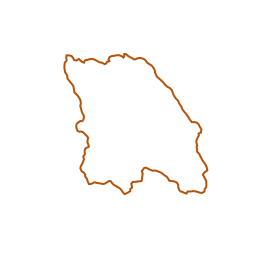 Passa Tempo, Minas Gerais, Brazil (Equal Earth projection), rotated 149°
{"feature_id": "56859067B23449152491676", "entity_name": "Passa Tempo", "entity_type": "district", "adm_level": 2, "iso_a3": "BRA", "parent_name": "Brazil", "parent_adm1": "Minas Gerais", "projection": "equal_earth", "projection_center": [-44.486, -20.65], "detail": "fine", "context": "isolated", "style": "outline", "palette": "amber", "viewbox_px": 256, "rotation_deg": 149, "n_neighbors": 0, "source": "geoboundaries", "source_scale": "gbopen_adm2", "svg_char_len": 2812}
<svg xmlns="http://www.w3.org/2000/svg" viewBox="0 0 256 256"><g transform="rotate(149 128 128)"><path d="M71.0,124.9L71.4,127.2L71.9,129.1L71.9,132.8L71.4,135.4L71.0,138.3L71.6,140.9L72.9,142.8L73.9,145.7L74.4,149.4L75.2,152.2L75.8,154.2L76.8,156.9L76.5,159.7L76.1,162.0L75.3,163.7L75.2,165.7L75.3,167.9L75.8,169.8L76.7,171.6L77.9,173.9L78.1,177.2L79.1,179.3L81.1,181.4L82.8,182.4L84.6,183.0L86.2,183.0L87.5,183.8L88.5,185.7L89.6,187.5L90.8,189.7L91.6,192.3L93.1,193.3L94.2,191.5L95.6,190.8L96.5,193.0L98.2,195.0L100.7,196.4L102.5,196.9L104.4,197.9L107.3,198.3L109.3,196.9L109.5,194.9L111.9,195.6L113.3,194.6L115.0,194.6L116.5,197.1L118.6,199.1L120.1,201.6L121.5,204.0L123.2,205.6L125.6,206.9L127.4,207.1L128.9,207.9L130.4,208.0L132.1,206.7L133.5,208.7L134.6,212.5L137.3,212.3L139.2,214.0L139.0,216.3L139.3,218.8L141.2,220.6L143.3,221.9L144.6,220.3L145.6,217.8L147.1,217.0L148.5,216.6L150.1,214.6L151.8,211.8L153.1,208.5L153.1,204.2L154.4,201.6L154.0,198.3L153.5,194.9L153.2,192.2L154.3,189.4L155.6,185.8L154.6,182.8L154.3,179.2L154.5,176.2L155.7,173.5L157.6,171.4L158.3,168.6L159.1,166.3L159.6,163.7L159.4,161.7L160.5,159.5L162.3,158.0L163.9,157.5L165.3,158.5L167.7,158.4L169.9,158.0L171.5,156.2L172.3,154.2L172.7,151.5L171.7,149.9L170.1,149.3L168.7,147.5L168.0,145.0L167.4,142.2L167.2,140.2L168.8,138.5L170.2,136.5L170.5,134.3L171.2,132.1L172.7,132.3L175.1,132.4L177.1,130.5L178.4,127.8L181.1,126.5L181.9,123.8L183.8,122.3L185.9,120.7L188.1,119.6L189.6,118.0L190.0,114.8L188.8,112.4L188.7,110.3L189.7,108.3L189.4,105.4L190.0,103.0L190.4,100.1L188.5,99.1L186.9,98.8L184.8,98.8L183.0,97.0L181.3,95.5L179.8,94.4L178.6,93.0L176.7,92.3L174.0,92.2L171.6,92.4L170.2,91.3L170.0,89.0L169.5,86.6L168.3,84.6L167.2,82.5L165.9,80.0L165.6,77.8L165.5,75.7L165.0,73.1L162.7,72.8L160.3,72.7L158.6,72.8L157.2,74.7L155.2,74.8L154.5,76.6L153.8,78.6L151.5,79.3L149.1,77.8L147.3,77.3L145.6,76.3L143.7,75.6L142.2,77.1L140.9,78.9L139.0,81.2L138.3,84.0L136.6,84.5L134.8,85.4L133.3,85.0L132.1,83.3L131.0,81.5L129.9,80.0L128.9,78.7L127.2,77.9L125.5,76.6L124.4,74.9L122.8,73.0L121.9,71.0L121.2,68.8L119.9,66.4L119.7,63.8L119.8,61.6L118.2,60.2L116.4,58.9L115.0,57.4L114.2,55.7L114.4,53.2L115.7,50.7L116.0,48.6L115.7,46.6L114.3,45.2L113.2,43.4L111.6,41.7L109.6,42.9L107.2,41.4L105.0,40.5L102.9,39.1L101.1,37.2L99.5,35.3L97.8,34.2L95.3,34.1L93.6,36.2L91.2,37.1L89.6,39.9L88.2,42.2L88.1,45.0L87.9,47.3L87.8,49.4L86.1,50.4L84.2,50.7L81.9,50.7L81.0,52.9L80.4,55.9L80.6,59.2L80.8,62.1L80.7,64.6L80.5,67.2L80.3,69.5L81.0,71.9L79.7,74.2L79.1,76.3L77.7,77.4L77.0,79.8L76.0,81.8L74.2,83.2L72.5,84.4L71.2,85.0L70.3,86.9L68.0,86.5L65.8,88.8L65.8,92.3L65.6,95.1L66.4,97.3L68.0,98.8L70.2,100.1L70.7,103.5L70.7,106.4L70.8,109.8L71.5,113.2L71.8,116.1L71.3,118.5L71.4,120.7L71.5,122.9L71.0,124.9Z" fill="none" stroke="#b45309" stroke-width="2"/></g></svg>